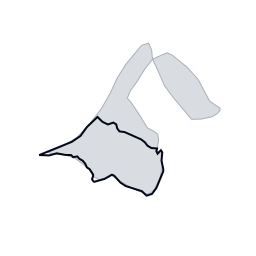 where Belait sits in Brunei, rotated 336°
{"feature_id": "BRN-1181", "entity_name": "Belait", "entity_type": "District", "adm_level": 1, "iso_a3": "BRN", "parent_name": "Brunei", "parent_adm1": "", "projection": "orthographic", "projection_center": [114.479, 4.349], "detail": "coarse", "context": "in_parent", "style": "outline", "palette": "ink", "viewbox_px": 256, "rotation_deg": 336, "n_neighbors": 0, "source": "natural_earth", "source_scale": "10m", "svg_char_len": 1445}
<svg xmlns="http://www.w3.org/2000/svg" viewBox="0 0 256 256"><g transform="rotate(336 128 128)"><path d="M178.4,75.1L167.1,81.1L156.0,88.7L144.8,95.3L139.6,100.4L141.5,107.5L144.2,123.3L145.7,135.7L149.6,140.6L152.6,145.6L151.3,151.0L144.8,161.2L148.5,163.2L143.7,176.8L136.6,186.9L126.8,195.1L120.4,197.0L115.4,193.5L107.1,184.5L98.1,172.0L93.8,164.7L80.8,163.7L76.2,158.0L75.9,150.9L72.2,142.7L67.1,133.8L59.5,127.0L49.2,121.6L44.9,117.8L60.7,118.1L77.6,115.8L94.9,108.4L111.6,99.5L125.6,89.2L138.8,77.7L152.6,68.6L174.1,58.0L181.3,58.8L181.3,66.3L178.4,75.1ZM194.2,75.1L198.1,79.6L206.4,95.8L211.8,112.0L213.5,136.7L220.1,147.3L219.1,149.4L215.1,151.2L209.0,151.9L198.5,149.6L189.6,145.9L181.9,119.2L178.5,104.1L178.7,86.0L178.4,75.1L194.2,75.1Z" fill="#d9dde1" stroke="#a8b0b8" stroke-width="1"/><path d="M86.0,165.0L75.2,163.4L74.6,162.2L74.3,160.1L76.7,157.6L77.2,156.2L76.2,150.0L74.4,147.2L74.4,143.3L73.3,139.4L71.0,136.2L70.1,133.3L66.1,132.4L65.0,129.6L60.0,127.2L52.5,122.1L44.9,121.0L35.9,116.6L71.0,117.8L81.4,115.9L90.9,110.4L104.6,105.5L107.2,112.0L111.1,116.6L116.8,117.1L118.7,119.9L118.0,124.1L118.8,127.6L123.2,130.3L135.4,143.8L137.6,147.9L138.6,152.1L141.2,155.8L146.2,158.5L144.5,160.7L144.6,163.5L149.0,161.7L149.4,164.2L145.3,171.5L143.5,179.9L142.5,182.0L129.7,194.2L123.1,198.0L117.4,197.3L115.0,191.4L102.3,180.1L98.9,174.8L96.0,166.0L94.3,164.1L86.0,165.0Z" fill="none" stroke="#020617" stroke-width="2"/></g></svg>